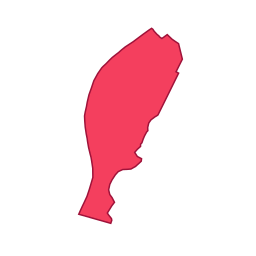 outline of Russey Keo, Phnom Penh, Cambodia, rotated 235°
{"feature_id": "14789045B60405895501285", "entity_name": "Russey Keo", "entity_type": "district", "adm_level": 2, "iso_a3": "KHM", "parent_name": "Cambodia", "parent_adm1": "Phnom Penh", "projection": "robinson", "projection_center": [104.893, 11.621], "detail": "fine", "context": "isolated", "style": "filled", "palette": "rose", "viewbox_px": 256, "rotation_deg": 235, "n_neighbors": 0, "source": "geoboundaries", "source_scale": "gbopen_adm2", "svg_char_len": 1282}
<svg xmlns="http://www.w3.org/2000/svg" viewBox="0 0 256 256"><g transform="rotate(235 128 128)"><path d="M196.1,204.5L196.2,201.3L196.1,193.9L195.9,187.5L195.8,184.4L195.7,181.8L196.0,172.2L195.7,167.6L195.2,163.6L195.1,160.6L195.0,159.1L194.8,155.6L194.2,151.8L193.2,146.6L192.7,142.9L192.3,140.9L189.9,134.4L186.3,127.1L181.7,120.9L177.6,115.1L172.6,109.5L169.3,106.2L165.5,102.0L162.8,99.3L158.7,96.7L153.3,93.5L147.1,90.4L143.0,88.6L140.1,87.1L134.8,84.6L128.2,82.0L125.2,80.9L121.6,79.2L115.2,76.0L107.7,70.9L102.8,64.8L99.8,61.0L95.5,55.2L92.3,49.7L90.0,45.6L87.3,41.0L85.6,38.2L59.8,59.2L61.7,61.8L63.3,62.5L68.2,62.2L70.2,62.3L72.0,66.5L73.6,70.2L74.9,74.3L80.1,75.0L84.0,74.9L88.5,76.7L92.3,80.8L94.7,85.2L96.9,90.7L97.9,95.0L97.0,99.9L94.7,103.5L92.7,106.9L92.2,112.3L92.5,114.4L92.7,116.2L93.2,119.8L95.1,121.5L99.3,119.3L104.2,119.5L105.2,123.5L105.7,127.7L107.5,129.0L107.9,130.9L110.3,134.2L112.1,137.1L114.1,141.1L114.4,142.7L117.1,144.4L120.2,147.9L121.5,151.5L121.7,156.3L121.5,158.6L121.5,160.0L133.3,181.6L143.9,200.9L146.5,199.6L153.2,212.0L168.1,217.8L172.2,216.2L175.5,215.0L182.0,213.7L181.9,209.1L181.9,207.1L184.5,206.1L185.9,206.1L187.8,205.5L189.1,205.3L192.4,204.9L194.5,205.0L196.1,204.5Z" fill="#f43f5e" stroke="#9f1239" stroke-width="1.5"/></g></svg>